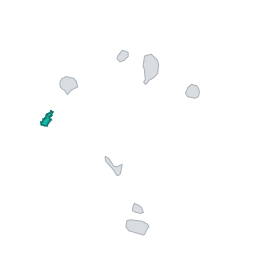 Nossa Senhora Das Dores, Sal, Cabo Verde shown in context, rotated 221°
{"feature_id": "66160863B51777192933696", "entity_name": "Nossa Senhora Das Dores", "entity_type": "district", "adm_level": 2, "iso_a3": "CPV", "parent_name": "Cabo Verde", "parent_adm1": "Sal", "projection": "albers", "projection_center": [-22.934, 16.721], "detail": "fine", "context": "in_parent", "style": "filled", "palette": "teal", "viewbox_px": 256, "rotation_deg": 221, "n_neighbors": 0, "source": "geoboundaries", "source_scale": "gbopen_adm2", "svg_char_len": 3883}
<svg xmlns="http://www.w3.org/2000/svg" viewBox="0 0 256 256"><g transform="rotate(221 128 128)"><path d="M162.7,193.1L158.9,199.0L150.6,198.5L146.4,196.0L141.4,188.5L141.6,182.8L143.4,177.8L143.1,173.4L143.8,172.3L146.4,173.0L146.8,176.0L154.3,183.1L157.1,184.5L162.7,193.1ZM56.2,66.9L50.2,68.2L47.7,67.5L46.9,62.4L45.7,59.0L46.0,57.4L59.9,51.0L64.8,52.1L68.1,57.5L65.8,60.4L56.2,66.9ZM195.6,113.6L200.8,114.8L202.8,114.3L206.1,114.6L209.6,118.0L210.3,121.6L208.5,126.1L201.7,129.8L197.7,129.4L193.0,126.0L195.7,119.3L195.6,113.6ZM108.6,202.6L103.7,205.0L100.3,203.9L97.1,201.4L95.6,197.7L96.9,194.5L103.5,190.8L107.4,192.0L109.4,197.9L108.6,202.6ZM123.1,88.4L125.6,90.4L126.5,91.7L122.7,92.4L113.5,89.9L111.0,91.4L108.5,96.7L103.8,88.6L104.2,85.6L105.2,84.8L111.7,86.9L123.1,88.4ZM179.1,184.8L177.4,185.0L174.8,182.1L175.4,178.0L175.1,177.0L177.4,172.7L181.9,173.1L183.0,176.2L183.3,182.8L179.1,184.8ZM73.7,75.4L68.6,76.9L65.4,76.7L60.9,74.3L62.4,71.9L67.3,69.2L70.7,68.6L73.4,73.6L73.7,75.4ZM197.4,86.3L195.5,89.6L193.0,84.7L191.7,83.6L191.1,76.6L194.7,74.5L196.4,74.3L196.5,81.6L197.4,86.3Z" fill="#d9dde1" stroke="#a8b0b8" stroke-width="1"/><path d="M196.4,74.4L196.3,74.5L196.2,74.4L196.2,74.5L196.0,74.3L196.0,74.0L196.0,73.9L195.8,73.8L195.7,73.8L195.6,73.7L195.4,73.6L195.3,73.9L195.2,73.9L195.2,74.0L194.9,74.1L194.7,74.2L194.6,74.3L194.4,74.4L194.1,74.6L193.9,74.5L193.8,74.4L193.7,74.5L193.6,74.4L193.4,74.6L193.2,74.7L193.0,74.8L192.9,74.9L192.6,75.0L192.4,75.1L192.1,75.2L191.9,75.2L191.7,75.3L191.4,75.6L191.4,75.9L191.3,76.1L191.0,76.4L190.9,76.5L191.0,76.5L190.9,76.5L191.0,76.6L190.9,76.7L191.0,76.8L191.0,77.1L190.9,77.3L190.9,77.6L191.0,77.8L191.0,78.0L191.0,78.3L191.1,78.6L191.2,78.9L191.3,79.0L191.2,79.1L191.1,79.3L191.1,79.5L191.2,79.8L191.3,80.0L191.5,80.1L191.9,80.1L191.9,80.5L191.7,80.8L191.8,81.0L191.6,81.1L191.3,81.4L191.3,81.6L191.3,81.8L191.5,82.0L191.5,82.3L191.8,82.5L192.0,82.8L191.9,82.9L191.7,82.9L191.6,83.0L191.5,83.3L191.4,83.4L191.3,83.5L191.2,83.7L191.3,83.7L191.3,83.9L191.4,84.0L191.5,83.9L191.6,84.0L191.8,84.0L192.0,83.9L192.3,83.8L192.4,83.6L192.8,83.7L193.0,83.7L193.1,83.8L193.3,83.8L193.5,83.8L193.9,84.1L194.0,84.1L194.2,84.3L194.3,84.4L194.4,84.7L194.4,84.8L194.4,85.0L194.5,85.0L194.4,85.1L194.5,85.2L194.5,85.4L194.5,85.5L194.4,85.5L194.3,85.9L194.4,86.0L194.2,86.2L194.2,86.3L194.0,86.5L193.9,86.5L193.7,86.6L193.8,86.8L193.8,87.0L193.8,87.3L194.0,87.3L193.9,87.4L194.0,87.4L194.0,87.6L194.2,87.8L194.3,87.8L194.5,88.0L194.8,88.5L194.9,88.8L195.0,89.1L194.9,89.5L195.0,89.9L195.0,90.1L195.0,90.4L195.0,90.7L195.0,90.9L195.1,91.0L195.3,91.1L195.5,91.0L195.7,90.7L195.8,90.6L196.0,90.4L196.3,90.3L196.5,90.4L196.8,90.4L197.1,90.4L197.2,90.6L197.4,90.7L197.6,90.6L197.6,90.4L197.4,90.2L197.5,90.1L197.3,89.9L197.2,89.8L197.0,89.3L196.8,89.0L196.7,88.7L196.8,88.4L196.7,88.3L196.7,88.0L196.8,87.7L197.0,87.5L197.0,87.4L197.3,87.3L197.5,87.3L197.5,87.2L197.5,86.8L197.5,86.7L197.7,86.4L197.8,86.2L197.8,86.3L197.8,86.2L198.0,86.0L198.0,85.9L198.3,85.8L198.4,85.6L198.3,85.4L198.2,85.1L198.1,84.9L198.0,84.7L197.9,84.7L198.0,84.5L197.9,84.4L198.0,84.2L197.9,84.1L198.0,84.0L197.9,84.0L198.0,83.9L197.8,83.8L197.9,83.7L197.7,83.6L197.2,82.9L197.3,82.9L197.2,82.9L197.2,82.5L197.1,82.4L197.2,82.2L196.9,81.9L197.0,81.8L196.9,81.8L197.0,81.7L196.9,81.7L196.8,81.4L197.1,81.3L197.1,81.2L197.1,80.9L197.0,80.7L196.9,80.5L197.0,80.4L196.8,80.3L196.8,80.2L197.0,80.0L197.0,79.9L197.0,79.7L197.3,79.6L197.5,79.7L197.8,79.1L198.0,79.0L197.9,78.9L197.7,78.7L197.5,78.3L197.3,78.1L197.2,78.1L197.2,77.8L197.0,77.5L197.0,77.2L196.9,77.2L196.7,77.1L196.5,76.8L196.6,76.6L196.9,76.4L196.9,75.9L197.0,75.8L197.2,75.7L197.3,75.4L197.2,75.4L197.3,75.4L197.2,75.3L197.2,75.2L197.4,75.0L197.3,74.9L197.2,74.9L196.6,74.7L196.4,74.6L196.4,74.4ZM191.0,83.6L190.9,83.6L191.0,83.6L191.0,83.6Z" fill="#14b8a6" stroke="#0f766e" stroke-width="1.5"/></g></svg>